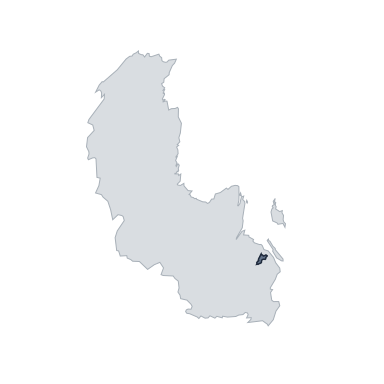 Högsby, Kalmar, Sweden (highlighted), rotated 299°
{"feature_id": "70781695B22116404340246", "entity_name": "Högsby", "entity_type": "district", "adm_level": 2, "iso_a3": "SWE", "parent_name": "Sweden", "parent_adm1": "Kalmar", "projection": "equal_earth", "projection_center": [15.953, 57.139], "detail": "fine", "context": "in_parent", "style": "filled", "palette": "slate", "viewbox_px": 384, "rotation_deg": 299, "n_neighbors": 0, "source": "geoboundaries", "source_scale": "gbopen_adm2", "svg_char_len": 4721}
<svg xmlns="http://www.w3.org/2000/svg" viewBox="0 0 384 384"><g transform="rotate(299 192 192)"><path d="M87.7,245.3L89.0,248.0L92.0,247.6L93.3,245.7L95.0,240.0L93.2,233.8L95.9,231.6L97.7,228.2L101.8,227.2L107.4,223.2L108.1,219.1L109.4,216.2L105.0,207.3L104.7,205.0L111.8,203.9L114.9,198.0L110.2,194.3L102.8,190.7L105.7,179.7L102.7,173.7L103.2,171.2L102.8,167.4L104.7,165.8L101.2,160.3L104.9,156.4L104.3,154.5L114.8,146.9L121.7,145.5L134.2,146.6L137.2,143.6L137.4,142.0L136.3,138.3L129.3,136.1L137.1,129.4L143.1,122.9L144.4,116.7L145.8,114.1L144.4,108.1L152.4,107.5L159.6,105.0L158.7,101.8L174.4,92.0L174.9,90.3L173.7,88.6L170.0,85.7L171.1,84.3L175.3,83.5L177.3,82.2L180.4,77.8L189.0,74.3L198.4,76.6L202.5,72.7L202.1,67.3L205.5,66.7L230.8,70.1L235.0,68.1L230.6,67.0L234.8,64.9L236.0,63.6L236.4,62.0L236.2,61.2L232.6,59.3L240.6,59.0L244.9,59.9L245.3,61.1L262.7,67.4L276.4,69.9L280.4,71.7L281.9,73.7L284.0,73.8L286.7,75.7L289.4,76.8L287.3,78.1L287.5,81.1L288.2,82.5L287.1,85.1L291.6,85.7L292.3,87.3L290.1,88.9L290.5,90.7L296.5,96.2L295.1,98.0L294.8,100.3L292.3,102.0L292.0,103.7L292.6,106.0L293.5,107.1L296.1,107.8L300.6,113.9L296.3,114.3L293.0,113.5L285.4,114.2L283.5,115.1L277.6,112.7L274.3,114.1L272.0,112.9L270.3,114.9L269.9,117.6L267.1,117.4L268.2,118.4L264.5,118.8L264.3,119.2L265.1,119.9L264.0,120.7L258.9,121.0L258.2,121.9L259.7,123.0L259.7,123.7L256.4,122.7L258.7,124.7L259.3,126.1L252.4,131.9L254.8,133.5L256.9,136.8L259.0,138.3L258.2,139.8L251.0,143.6L247.0,149.4L237.9,153.2L233.1,154.2L230.0,157.0L226.3,156.1L226.3,157.7L223.9,156.7L222.0,159.2L218.7,161.3L215.0,160.9L214.6,161.3L215.8,161.9L211.6,162.4L210.3,164.6L207.2,165.2L206.7,165.9L209.9,166.0L209.3,167.8L205.7,168.7L204.4,169.9L202.8,169.9L203.1,169.0L200.7,169.0L200.0,168.0L199.5,168.3L201.2,171.2L200.0,172.4L202.3,173.5L195.7,176.4L191.7,175.3L191.2,176.2L192.1,178.7L195.6,180.7L193.5,182.0L191.3,187.9L192.9,191.5L188.3,190.7L188.6,192.0L187.2,193.6L187.8,195.9L187.4,197.5L188.5,198.8L187.9,199.5L188.6,206.1L189.9,208.9L189.5,211.1L191.3,212.3L195.3,212.6L196.5,214.5L201.6,213.4L205.2,217.0L212.1,220.2L211.7,222.2L216.1,223.7L218.7,226.5L219.7,228.9L219.4,230.4L212.7,234.3L207.5,237.0L202.2,238.6L202.4,239.2L205.1,239.5L211.6,237.6L213.5,239.2L210.0,240.0L209.3,242.3L207.8,243.8L193.5,249.0L191.6,250.7L185.1,253.3L173.6,253.1L171.8,253.7L181.8,254.8L184.2,256.7L179.5,257.9L181.6,262.6L180.3,263.7L180.3,268.9L178.6,269.0L177.8,271.2L178.7,276.4L179.6,277.8L179.2,279.4L176.5,282.9L177.4,287.2L174.3,295.0L170.7,299.5L168.0,305.6L165.0,307.8L161.4,306.4L156.0,307.2L146.2,306.9L145.0,307.6L145.7,309.8L142.2,309.4L136.0,314.2L135.7,316.5L138.2,321.0L135.1,323.9L128.5,323.2L119.7,325.0L111.9,323.5L112.9,322.0L113.6,316.1L104.9,304.1L109.1,305.3L110.8,304.7L108.3,300.8L111.9,300.6L113.1,299.2L112.5,297.0L109.5,296.0L107.0,292.5L104.4,290.7L99.8,283.7L98.2,279.0L96.6,279.4L95.3,274.0L92.8,273.2L92.4,267.7L89.7,267.1L88.0,264.6L87.9,259.9L84.7,259.3L85.2,257.1L84.4,248.9L83.4,246.3L84.3,244.4L86.1,244.2L87.7,245.3ZM222.3,270.7L220.8,271.2L220.0,272.7L217.7,273.4L217.4,278.2L219.5,280.0L217.4,280.8L215.9,283.4L212.0,285.1L210.4,286.7L209.6,289.1L206.2,290.4L208.6,286.8L205.4,282.8L206.2,281.3L205.8,276.6L212.8,270.8L216.0,270.1L217.5,270.7L218.1,269.3L219.1,269.0L222.3,270.7ZM177.5,304.1L175.8,305.1L175.2,303.7L175.4,298.0L179.3,291.3L181.0,290.8L185.7,281.8L186.2,281.2L187.9,281.7L186.7,282.6L186.7,284.1L183.8,289.0L183.0,292.1L181.9,292.9L177.5,304.1ZM223.6,268.8L223.4,270.1L221.6,269.1L223.2,267.6L226.7,267.9L223.6,268.8ZM214.8,234.9L212.6,237.0L212.2,236.1L212.6,235.1L214.8,234.9ZM210.1,245.5L209.0,245.6L209.8,244.2L211.3,243.9L210.1,245.5Z" fill="#d9dde1" stroke="#a8b0b8" stroke-width="1"/><path d="M172.1,288.8L172.7,288.6L172.7,288.3L172.7,287.9L172.7,287.5L172.8,287.2L172.6,287.0L172.1,286.7L171.5,286.3L171.3,286.1L170.9,285.8L170.6,285.4L170.8,285.1L171.0,284.6L171.0,284.3L171.0,283.8L170.9,283.5L171.1,283.3L171.1,283.0L171.2,282.7L171.4,282.5L170.6,282.5L170.0,282.5L169.9,282.7L169.6,282.8L169.1,282.7L168.6,282.5L168.0,282.7L167.4,282.7L166.8,282.6L166.4,282.7L165.7,282.7L165.4,282.8L164.9,283.0L164.5,283.2L164.4,283.6L163.9,283.6L163.8,283.3L163.4,283.1L162.8,283.0L162.4,283.0L161.9,282.9L161.4,283.0L161.1,283.4L161.0,283.5L160.1,283.6L160.5,284.0L160.6,284.4L160.7,284.8L161.0,285.0L161.4,285.2L161.8,285.3L162.1,285.6L162.3,286.0L162.7,286.2L163.2,286.6L163.6,286.8L164.0,286.8L164.6,286.7L165.1,286.3L165.4,286.2L166.3,286.1L166.8,286.2L167.1,286.4L167.4,286.7L167.8,286.9L168.0,287.4L168.1,287.7L168.3,287.9L168.5,288.2L168.5,288.6L168.9,288.8L169.4,288.8L169.9,288.6L170.2,288.4L170.9,288.4L171.4,288.5L171.9,288.7L172.1,288.8Z" fill="#64748b" stroke="#1e293b" stroke-width="1.5"/></g></svg>